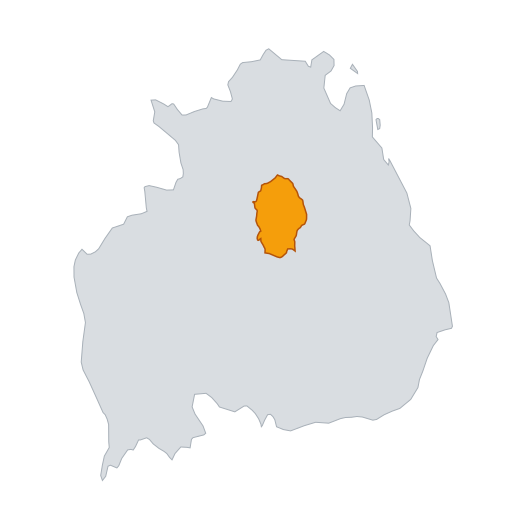 Kâmpóng Chhnang highlighted on a map of Cambodia, rotated 173°
{"feature_id": "KHM-1785", "entity_name": "Kâmpóng Chhnang", "entity_type": "Province", "adm_level": 1, "iso_a3": "KHM", "parent_name": "Cambodia", "parent_adm1": "", "projection": "equal_earth", "projection_center": [104.594, 12.169], "detail": "fine", "context": "in_parent", "style": "filled", "palette": "amber", "viewbox_px": 512, "rotation_deg": 173, "n_neighbors": 0, "source": "natural_earth", "source_scale": "10m", "svg_char_len": 4605}
<svg xmlns="http://www.w3.org/2000/svg" viewBox="0 0 512 512"><g transform="rotate(173 256 256)"><path d="M435.8,51.9L436.9,57.1L434.0,67.0L430.9,75.9L425.0,83.8L424.8,89.5L422.8,106.7L423.6,112.2L425.0,116.8L426.9,119.3L432.1,136.2L436.9,151.5L441.5,164.0L442.4,172.0L438.3,192.2L433.4,210.7L433.9,219.9L436.0,229.2L438.3,241.5L439.2,257.3L438.0,267.6L435.8,274.0L431.6,280.5L427.9,283.9L423.4,278.3L419.8,278.0L415.0,279.7L411.3,282.3L403.7,291.9L395.2,301.3L383.5,303.7L378.9,310.6L374.1,311.6L364.8,311.9L358.7,313.6L359.0,317.0L358.5,333.6L358.7,337.4L357.7,338.4L353.5,338.9L346.4,336.4L336.7,332.3L329.9,331.7L326.4,338.9L324.3,341.7L321.7,342.1L319.0,343.4L318.1,346.6L317.8,350.6L319.2,357.5L319.7,368.4L319.3,375.9L321.9,380.6L336.6,396.4L341.0,400.4L341.5,402.7L338.9,411.4L341.2,423.5L336.6,423.2L328.9,418.0L325.2,414.9L320.8,417.4L319.2,416.9L316.2,411.0L312.2,404.9L308.2,404.5L299.6,406.9L290.8,408.5L287.5,408.5L286.1,409.6L281.0,418.7L278.9,417.1L270.1,413.7L262.0,412.4L260.3,414.7L261.3,422.1L263.1,429.3L262.0,432.4L257.6,436.2L251.8,443.0L248.2,448.3L245.7,449.6L236.8,449.4L227.9,450.1L224.3,455.1L221.0,459.0L218.1,460.1L206.5,447.7L183.4,443.3L180.9,437.9L178.7,436.8L176.6,443.9L163.9,450.8L158.6,446.6L154.7,441.6L155.3,435.5L159.0,430.5L165.3,426.9L168.2,414.4L163.4,398.3L159.2,393.6L154.8,389.9L150.1,395.9L146.2,406.1L142.1,411.4L136.3,412.6L127.9,412.1L124.6,396.9L123.6,383.8L124.7,368.9L126.0,360.0L117.9,347.8L117.5,336.2L113.6,330.2L112.4,333.2L112.5,336.6L111.4,334.2L98.6,300.1L96.5,284.3L98.8,272.2L100.1,268.1L96.4,261.7L91.2,254.4L82.0,244.9L81.5,229.9L79.5,212.1L76.7,206.2L72.5,195.2L70.3,186.2L69.6,162.3L70.8,160.4L77.3,159.7L85.6,158.0L87.0,154.1L85.5,150.9L90.9,145.5L98.5,133.7L104.5,121.3L108.8,113.5L111.3,105.7L119.9,94.8L131.8,87.2L139.8,85.4L148.2,82.8L156.2,79.1L160.0,78.8L170.0,83.2L175.4,84.4L181.0,84.3L186.9,84.8L192.0,84.3L204.2,81.2L217.1,83.7L228.7,81.7L243.0,78.2L250.0,80.4L256.4,84.0L257.3,91.3L258.8,94.6L260.9,97.1L263.8,97.1L267.4,92.1L270.5,86.8L271.5,85.9L271.6,88.5L273.2,94.1L275.9,99.7L278.6,103.4L283.3,108.3L286.2,108.5L296.0,103.9L310.7,110.6L312.4,114.0L317.2,120.9L322.3,125.8L333.8,126.2L337.8,114.0L335.8,106.6L329.3,93.8L327.5,86.2L329.6,84.8L340.6,83.4L342.4,81.9L344.8,73.6L347.8,74.5L353.9,75.6L360.4,69.9L364.2,63.9L366.3,66.6L368.6,70.8L371.1,73.3L375.8,76.9L380.9,82.0L384.1,86.9L386.7,88.9L393.3,87.5L395.0,87.7L398.8,81.6L401.5,78.4L403.7,79.3L407.0,79.2L413.9,71.5L417.8,64.5L419.9,62.6L426.0,66.1L428.5,65.4L432.0,55.7L435.8,51.9ZM120.3,376.7L119.0,377.7L117.9,377.6L116.6,376.2L116.8,370.7L117.7,367.4L119.7,366.7L120.3,376.7ZM139.5,430.8L136.9,434.5L132.8,426.8L132.9,424.7L139.5,430.8Z" fill="#d9dde1" stroke="#a8b0b8" stroke-width="1"/><path d="M202.0,298.4L200.7,291.2L201.2,287.3L201.5,285.9L203.5,282.3L203.8,282.0L203.9,281.8L204.4,281.6L206.5,281.0L206.8,280.8L207.2,280.5L208.3,279.1L208.9,278.6L209.4,278.4L209.7,278.3L210.0,278.1L211.3,277.1L211.8,276.5L212.2,275.9L212.3,275.6L212.7,274.4L213.4,271.9L213.8,271.0L215.7,268.6L216.1,267.9L216.2,267.4L215.8,265.7L215.9,264.5L216.4,261.1L216.4,260.1L216.6,256.2L218.7,258.2L219.5,258.6L220.7,258.9L223.6,259.2L224.8,257.2L225.1,256.5L225.3,255.8L225.4,255.5L225.8,255.2L227.3,254.1L228.4,253.4L229.4,252.6L230.6,251.9L232.1,251.5L232.5,251.5L235.1,252.5L242.5,256.8L246.7,258.0L246.2,261.1L246.2,261.9L246.5,263.0L247.0,264.1L247.4,265.5L249.1,269.4L249.3,270.0L249.3,270.7L249.1,272.8L249.4,272.7L251.2,271.4L252.0,271.3L252.4,271.7L252.5,271.9L252.6,272.9L252.7,273.3L252.6,273.8L252.3,275.0L251.9,275.8L251.5,276.6L249.5,279.5L248.2,280.1L248.6,281.9L248.7,282.5L249.6,284.7L250.7,286.3L251.6,290.2L251.7,291.5L251.6,292.0L250.5,295.6L249.9,298.4L249.3,300.4L249.3,301.0L249.4,301.4L249.9,302.0L251.0,303.5L251.1,303.9L251.2,304.5L251.2,308.3L251.4,308.8L251.4,309.0L252.1,309.2L252.4,309.6L252.5,310.0L252.3,310.2L252.0,310.3L250.3,309.9L250.0,309.9L249.6,310.0L249.3,310.2L249.0,310.6L248.7,311.0L248.2,312.2L245.9,318.9L244.7,319.6L243.7,319.9L243.3,320.3L242.3,323.0L241.8,325.5L240.2,326.0L239.0,326.6L238.7,326.7L238.2,326.7L237.7,326.6L236.4,326.7L235.7,326.8L232.4,328.1L227.4,331.2L225.3,333.4L224.9,333.7L224.6,333.8L224.3,333.4L224.1,333.3L223.3,332.8L220.8,331.8L220.6,331.6L218.6,329.7L217.7,329.2L215.2,328.9L214.4,328.5L213.8,327.5L210.9,323.8L210.7,323.4L210.6,323.1L210.4,321.2L210.3,320.5L207.8,315.7L207.3,314.2L206.9,312.2L206.7,310.4L206.0,309.0L205.9,308.8L205.6,308.4L203.8,306.8L203.3,306.2L202.9,305.7L202.9,305.3L202.8,304.6L202.8,302.2L202.7,301.0L202.0,298.4Z" fill="#f59e0b" stroke="#b45309" stroke-width="1.5"/></g></svg>